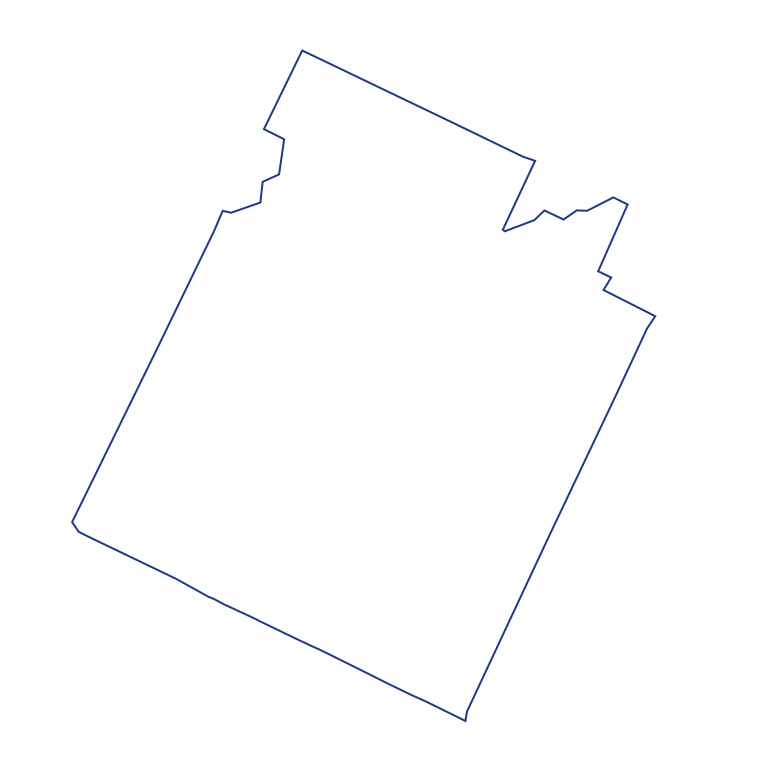 the district of Covington, Alabama, United States of America, rotated 26°
{"feature_id": "52423323B38524451377565", "entity_name": "Covington", "entity_type": "district", "adm_level": 2, "iso_a3": "USA", "parent_name": "United States of America", "parent_adm1": "Alabama", "projection": "orthographic", "projection_center": [-86.436, 31.261], "detail": "fine", "context": "isolated", "style": "outline", "palette": "blue", "viewbox_px": 768, "rotation_deg": 26, "n_neighbors": 0, "source": "geoboundaries", "source_scale": "gbopen_adm2", "svg_char_len": 801}
<svg xmlns="http://www.w3.org/2000/svg" viewBox="0 0 768 768"><g transform="rotate(26 384 384)"><path d="M599.1,452.6L597.4,291.8L596.1,218.9L598.1,204.2L540.1,203.3L541.5,188.7L527.1,188.8L524.3,115.8L508.3,115.8L490.6,139.3L481.2,143.4L473.2,157.5L452.1,157.7L447.3,170.8L425.6,193.8L423.2,193.2L422.0,117.2L408.8,118.8L337.2,119.0L164.3,120.1L164.4,207.6L187.0,207.8L197.8,241.6L186.3,255.4L193.3,275.1L171.6,297.0L163.1,299.1L164.2,320.2L164.6,452.6L164.2,644.8L174.4,650.7L182.9,650.8L194.7,650.8L278.1,650.3L281.7,650.2L319.0,652.2L325.1,651.8L336.2,652.2L371.9,651.5L375.1,651.7L417.8,651.5L429.0,651.3L431.8,651.3L443.9,651.0L448.4,651.0L452.2,651.0L504.0,651.4L517.2,651.6L545.4,651.5L560.9,651.0L604.9,651.2L602.2,642.2L599.1,452.6Z" fill="none" stroke="#1e3a8a" stroke-width="2"/></g></svg>